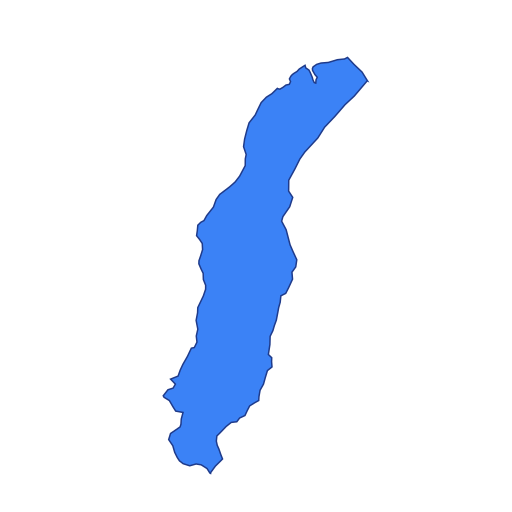 outline of Pano Arodes, Paphos, Cyprus, rotated 116°
{"feature_id": "46923920B64054895827299", "entity_name": "Pano Arodes", "entity_type": "district", "adm_level": 2, "iso_a3": "CYP", "parent_name": "Cyprus", "parent_adm1": "Paphos", "projection": "albers", "projection_center": [32.386, 34.927], "detail": "fine", "context": "isolated", "style": "filled", "palette": "blue", "viewbox_px": 512, "rotation_deg": 116, "n_neighbors": 0, "source": "geoboundaries", "source_scale": "gbopen_adm2", "svg_char_len": 2252}
<svg xmlns="http://www.w3.org/2000/svg" viewBox="0 0 512 512"><g transform="rotate(116 256 256)"><path d="M49.7,232.6L44.2,241.3L40.8,252.0L37.4,260.8L40.1,262.8L43.9,268.9L50.3,275.8L54.1,282.2L57.2,285.5L61.0,287.6L63.0,287.4L64.5,286.4L65.2,285.3L67.1,282.6L68.5,279.3L71.2,279.3L74.4,278.1L74.6,279.7L72.6,282.2L70.8,283.7L67.4,287.6L65.7,289.9L65.1,293.8L63.1,295.5L65.0,296.7L69.0,299.1L72.1,300.0L75.1,301.9L77.0,302.9L79.2,303.5L82.2,303.6L84.1,301.4L87.1,301.3L89.2,304.0L92.6,305.7L95.6,307.7L96.1,309.8L96.0,310.3L103.2,312.9L108.7,316.3L115.8,318.6L124.2,318.6L129.6,318.5L139.3,320.6L147.3,319.3L155.9,317.5L163.2,315.1L169.1,309.3L173.4,308.2L179.5,305.3L191.3,305.7L198.6,307.2L205.4,310.0L216.5,315.6L222.7,316.6L230.7,315.7L241.2,318.0L247.0,318.3L249.9,320.4L253.8,321.8L259.1,319.8L263.8,318.3L265.9,313.9L268.3,309.8L273.7,306.8L280.2,305.8L285.2,305.2L288.1,303.9L291.9,299.5L294.7,295.9L300.2,293.0L304.4,288.4L308.0,286.7L315.1,285.8L327.9,285.7L332.7,283.6L340.1,281.6L347.3,276.2L354.1,274.6L359.3,271.3L365.3,271.3L367.2,273.7L376.2,273.6L385.4,274.2L391.6,274.1L398.1,273.4L404.1,278.8L406.5,272.3L411.1,272.6L414.8,276.5L422.3,278.1L423.3,276.7L423.9,270.5L428.0,264.4L430.6,260.2L428.6,253.0L435.3,251.7L440.1,249.7L442.9,249.3L453.0,255.0L459.3,254.0L463.0,247.6L468.1,243.0L471.5,238.6L472.9,236.3L473.7,234.9L474.1,232.8L474.6,230.5L473.6,223.6L469.2,218.7L467.7,213.7L468.5,206.8L471.3,202.3L471.3,201.5L470.4,201.8L462.6,200.4L455.8,198.0L453.1,197.1L449.9,200.6L445.8,204.7L443.1,207.9L439.8,210.5L434.9,212.3L430.7,210.8L422.3,208.1L416.4,205.3L413.4,200.6L408.8,199.7L404.2,196.0L398.6,196.1L393.5,196.0L388.4,192.8L384.7,190.2L381.1,191.7L374.9,193.5L367.9,193.1L360.9,194.4L354.0,195.5L348.7,193.0L344.1,195.7L340.5,197.3L339.1,201.7L335.9,202.7L329.5,204.7L322.0,208.1L315.7,208.1L310.5,209.0L304.8,209.6L296.7,211.8L292.4,213.0L286.9,214.0L280.9,216.2L276.5,212.9L270.1,212.8L260.8,213.0L254.8,216.6L248.4,215.5L241.5,217.7L235.7,224.8L231.0,230.3L219.2,240.4L213.5,248.2L208.9,249.1L197.0,247.3L187.2,248.7L183.4,255.1L173.5,259.8L160.5,259.2L149.6,259.1L141.1,257.7L122.9,252.2L110.1,250.8L95.9,246.3L80.9,242.3L69.2,237.8L49.7,232.8L49.7,232.6Z" fill="#3b82f6" stroke="#1e3a8a" stroke-width="1.5"/></g></svg>